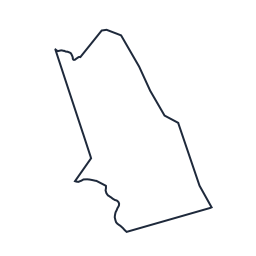 outline of Sand De Feu, Castries, Saint Lucia, rotated 347°
{"feature_id": "8701671B2564147185651", "entity_name": "Sand De Feu", "entity_type": "district", "adm_level": 2, "iso_a3": "LCA", "parent_name": "Saint Lucia", "parent_adm1": "Castries", "projection": "equal_earth", "projection_center": [-60.985, 13.929], "detail": "fine", "context": "isolated", "style": "outline", "palette": "slate", "viewbox_px": 256, "rotation_deg": 347, "n_neighbors": 0, "source": "geoboundaries", "source_scale": "gbopen_adm2", "svg_char_len": 2613}
<svg xmlns="http://www.w3.org/2000/svg" viewBox="0 0 256 256"><g transform="rotate(347 128 128)"><path d="M85.2,149.2L64.5,167.8L64.4,167.9L64.7,168.1L65.1,168.3L65.3,168.4L65.8,168.7L66.0,168.7L66.9,169.1L67.5,169.3L67.8,169.3L68.3,169.2L68.8,169.1L69.3,169.0L69.5,169.0L70.0,168.9L70.5,168.9L70.8,168.8L71.8,168.5L72.4,168.3L72.7,168.2L73.1,168.1L73.4,168.2L74.1,168.3L75.1,168.5L75.6,168.6L76.9,168.9L77.3,169.0L77.6,169.1L78.1,169.3L78.8,169.5L79.4,169.8L79.7,169.9L81.5,170.7L83.0,171.4L84.4,172.1L85.1,172.3L85.3,172.4L85.5,172.6L85.9,172.9L86.3,173.2L86.6,173.5L87.8,174.5L89.2,175.7L91.2,177.4L92.1,178.2L93.2,179.1L93.4,179.3L93.5,179.5L93.3,180.3L93.2,180.8L92.9,181.9L92.7,182.4L92.6,182.5L92.3,183.4L92.1,183.9L92.2,184.9L92.2,185.4L92.3,186.7L92.8,188.0L92.9,188.3L93.1,188.6L93.3,189.1L93.4,189.3L93.5,189.4L94.2,190.0L94.5,190.3L94.7,190.6L95.2,191.1L96.0,191.9L96.4,192.4L96.5,192.6L97.2,193.4L97.4,193.7L97.7,193.9L98.3,194.5L99.0,195.2L99.6,195.5L100.5,196.0L100.8,196.3L101.1,196.5L101.3,196.8L102.0,198.0L102.2,198.7L102.2,199.2L102.3,199.8L102.2,200.1L101.9,201.0L101.8,201.3L101.6,201.6L101.2,202.1L101.0,202.4L100.8,202.6L100.5,202.9L99.9,203.5L99.1,204.6L98.6,205.3L98.5,205.5L97.9,206.2L97.1,207.1L96.5,208.2L96.2,208.9L96.0,209.3L95.5,210.5L95.2,211.4L95.0,212.0L95.0,213.3L95.0,213.5L95.0,215.0L95.2,217.1L95.3,217.3L95.6,218.0L96.0,218.6L96.2,219.0L97.1,220.0L97.5,220.5L98.1,221.1L98.3,221.3L98.7,221.8L98.8,221.9L99.2,222.5L100.6,224.5L101.6,226.4L102.6,227.9L102.9,228.3L103.3,228.9L141.9,226.9L189.9,224.4L191.6,224.1L184.7,200.3L178.1,134.9L178.1,134.3L166.4,124.1L158.0,96.7L154.0,77.2L152.6,70.4L152.5,70.2L142.1,36.2L138.3,33.6L129.2,27.5L124.3,27.1L97.5,48.2L96.9,47.9L96.5,47.8L96.1,47.8L95.9,47.8L95.7,47.9L95.3,48.0L95.0,48.1L94.6,48.3L94.3,48.4L94.1,48.5L93.8,48.6L93.3,48.8L93.0,48.9L92.6,49.1L92.4,49.2L92.1,49.4L91.6,49.5L91.3,49.5L91.0,49.5L90.8,49.5L90.5,49.4L90.2,49.2L89.9,48.5L89.8,48.0L89.9,47.6L90.0,47.2L90.0,46.8L90.0,46.1L89.9,45.7L89.9,45.4L89.8,45.0L89.7,44.5L89.6,44.0L89.5,43.6L89.4,43.2L89.2,42.6L89.0,42.3L88.9,42.0L88.5,41.7L88.2,41.4L87.9,41.2L87.6,41.0L87.3,40.8L86.9,40.5L86.6,40.3L86.3,40.2L86.1,40.0L85.6,39.9L85.3,39.8L85.0,39.7L84.7,39.6L84.3,39.3L84.0,39.1L83.7,38.9L83.5,38.7L83.3,38.5L83.1,38.4L82.7,38.4L82.4,38.3L82.2,38.1L81.8,37.9L81.5,37.8L81.2,37.6L80.8,37.5L80.4,37.3L80.0,37.3L79.5,37.3L78.3,37.3L78.0,37.3L77.5,37.3L77.3,37.3L77.0,37.3L76.6,37.2L76.0,36.4L75.0,35.2L74.9,35.3L78.7,77.3L82.8,122.0L82.8,122.3L82.9,122.8L83.7,131.7L85.1,147.4L85.1,147.8L85.1,148.1L85.2,149.2Z" fill="none" stroke="#1e293b" stroke-width="2"/></g></svg>